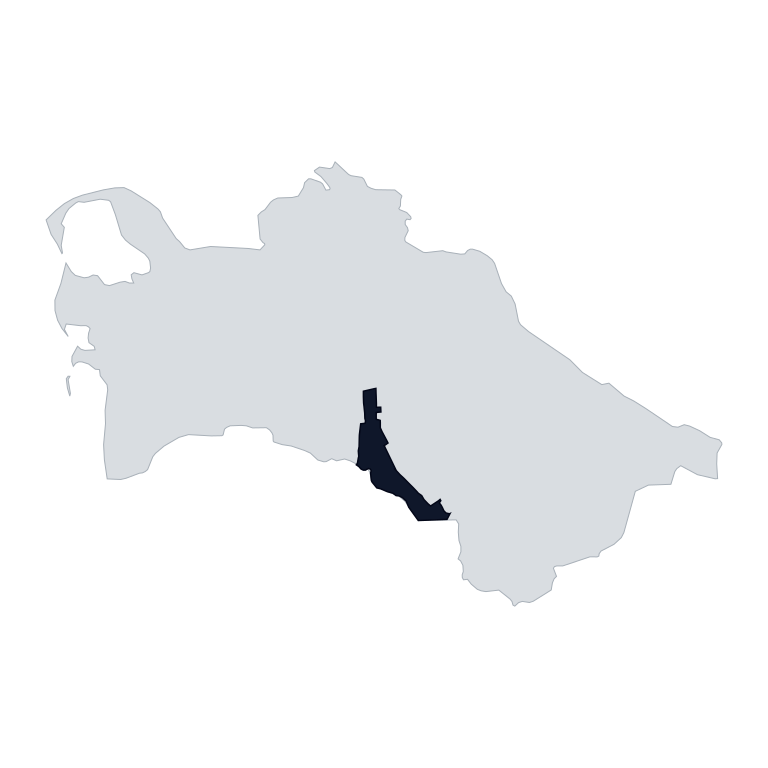 Kaka, Ahal, Turkmenistan (highlighted)
{"feature_id": "10190150B850620817547", "entity_name": "Kaka", "entity_type": "district", "adm_level": 2, "iso_a3": "TKM", "parent_name": "Turkmenistan", "parent_adm1": "Ahal", "projection": "robinson", "projection_center": [59.791, 37.761], "detail": "fine", "context": "in_parent", "style": "filled", "palette": "ink", "viewbox_px": 768, "rotation_deg": 0, "n_neighbors": 0, "source": "geoboundaries", "source_scale": "gbopen_adm2", "svg_char_len": 5042}
<svg xmlns="http://www.w3.org/2000/svg" viewBox="0 0 768 768"><path d="M210.6,246.5L248.4,248.5L260.0,249.9L264.8,244.8L264.6,243.6L262.9,242.5L260.1,239.0L257.9,215.4L261.2,212.0L265.0,209.6L270.6,202.2L273.5,199.9L277.8,198.0L292.2,197.5L298.3,196.1L303.5,187.6L304.6,182.7L308.6,178.8L310.8,178.8L320.5,182.2L322.6,183.9L325.9,190.1L329.5,189.7L330.1,188.7L329.7,187.3L326.9,183.5L320.9,176.5L314.9,172.1L314.4,170.6L319.5,167.1L329.8,168.6L332.4,167.5L335.1,161.9L348.6,174.5L351.1,175.7L361.9,177.4L363.8,179.1L367.4,186.4L371.1,188.3L375.7,189.7L394.9,190.0L400.9,194.8L401.9,196.0L400.7,199.4L400.4,206.0L398.8,208.6L399.8,209.7L406.7,212.5L410.7,216.7L411.1,218.5L410.0,219.7L406.8,219.1L405.2,221.1L405.2,224.5L407.5,227.7L408.2,230.7L404.9,237.5L404.8,240.4L405.9,242.0L423.3,252.3L426.0,252.6L442.8,250.7L446.0,251.9L460.7,254.2L464.8,253.9L467.6,250.5L470.2,249.2L472.7,249.2L479.8,251.3L487.2,255.7L492.1,259.7L494.6,263.4L501.5,283.6L506.1,291.8L511.3,296.1L515.1,304.0L518.5,321.2L520.5,324.7L528.6,331.6L569.9,359.8L582.5,372.5L601.8,384.6L608.9,383.2L624.1,396.1L633.8,401.0L646.2,408.8L672.4,426.5L678.0,427.2L684.2,424.7L689.7,426.1L699.6,430.7L710.2,437.4L719.2,439.8L721.7,442.8L721.9,444.4L717.1,453.0L716.7,463.9L717.6,478.6L715.2,478.8L697.5,474.7L680.7,465.7L676.8,468.6L674.8,471.6L670.9,484.3L648.4,485.1L635.3,491.3L623.9,532.5L621.3,537.6L614.0,544.3L601.1,551.0L599.2,553.6L598.8,556.1L597.2,556.9L590.0,556.8L562.8,565.9L556.8,565.9L554.5,566.6L553.4,568.2L556.5,576.4L554.1,578.8L552.4,582.9L551.2,590.0L533.3,601.2L529.5,602.5L522.3,601.4L518.6,602.6L514.8,606.1L513.0,605.1L512.0,601.5L510.1,599.1L498.8,590.1L485.9,591.6L481.1,590.8L477.3,589.3L471.3,584.2L467.5,579.3L463.5,579.8L462.3,577.5L462.2,574.8L463.3,571.5L462.9,565.3L460.6,560.9L458.1,558.9L460.9,551.8L460.9,546.4L459.0,540.6L458.3,532.2L458.7,524.0L456.2,519.9L418.4,520.2L404.9,501.2L399.4,496.6L380.6,488.5L375.4,484.2L371.2,479.4L370.1,472.9L368.0,469.1L365.1,468.5L350.4,460.9L344.6,459.0L336.6,460.8L331.7,458.7L326.2,461.6L323.8,461.8L317.8,460.0L310.4,453.1L304.3,450.4L291.2,446.0L282.1,444.6L274.0,442.0L273.2,441.0L273.0,435.2L271.9,432.8L269.6,429.9L266.4,427.7L252.6,427.9L246.3,425.8L241.2,425.4L230.2,425.8L226.6,427.4L224.5,429.2L223.1,434.9L221.9,435.7L211.2,435.9L188.5,434.6L178.9,437.4L164.0,446.1L155.4,453.4L152.8,456.7L147.6,469.6L145.3,471.5L142.4,472.9L139.5,473.2L125.9,478.3L120.6,479.5L107.2,478.9L104.4,459.8L103.6,444.6L105.5,423.7L105.1,410.3L107.7,389.8L107.1,384.8L100.3,375.8L99.5,369.6L95.3,369.2L88.6,364.0L82.0,361.9L78.7,361.8L75.6,363.3L73.3,366.3L71.8,361.6L72.0,356.5L77.6,346.2L80.8,349.2L84.9,350.4L95.1,349.8L94.2,346.3L89.0,342.7L88.1,338.0L88.6,333.2L90.1,328.6L88.5,326.8L86.1,325.6L80.6,325.7L66.2,324.0L64.4,329.4L68.2,336.5L61.9,328.4L57.6,320.2L55.0,310.5L54.9,300.1L60.9,283.5L66.0,263.0L71.3,271.6L75.3,275.4L84.1,277.8L88.5,277.2L93.1,275.0L97.6,275.7L104.5,284.6L109.5,285.6L120.0,282.2L125.0,281.4L129.3,283.0L133.7,283.0L131.9,278.8L131.2,274.8L133.9,272.7L142.0,274.9L148.6,272.6L149.9,271.5L150.6,268.0L149.8,261.1L148.3,258.1L144.7,253.9L130.3,244.1L125.5,240.1L121.5,235.0L115.4,214.7L110.6,201.8L108.7,200.3L100.2,199.2L84.1,202.3L78.4,201.6L75.7,203.0L69.0,208.5L65.8,213.2L61.2,223.8L64.3,227.3L61.2,245.3L62.5,253.0L61.9,253.6L57.3,244.0L51.1,234.4L46.1,219.9L56.0,210.3L64.4,203.6L73.4,198.5L82.6,195.1L103.3,189.9L114.8,187.9L124.0,187.6L131.0,190.8L149.9,202.6L158.1,209.1L160.4,211.8L162.6,218.1L176.2,238.6L179.5,241.5L184.8,248.0L190.0,249.9L210.6,246.5ZM70.4,393.4L69.8,396.1L67.4,387.9L66.3,378.8L68.1,376.2L69.9,376.3L68.1,379.6L70.4,393.4Z" fill="#d9dde1" stroke="#a8b0b8" stroke-width="1"/><path d="M363.4,391.2L363.4,396.5L363.6,403.0L364.0,406.2L364.3,409.3L364.7,412.9L364.9,418.4L365.5,420.9L365.1,423.3L360.7,423.8L359.4,434.7L359.3,436.8L359.1,446.3L359.1,446.7L358.9,447.6L358.3,450.9L358.5,453.6L358.7,455.8L358.7,456.1L358.7,456.6L358.3,458.0L357.7,461.7L357.1,464.6L356.5,464.4L356.3,464.8L358.9,466.6L361.0,469.0L363.2,470.1L365.5,470.1L368.3,468.5L370.2,469.0L371.2,470.5L370.6,473.2L371.0,477.2L371.4,480.6L372.1,482.1L376.8,487.9L380.6,488.8L387.4,491.7L392.9,493.2L396.1,495.6L399.0,495.8L402.4,497.6L406.2,501.1L408.8,507.3L418.3,520.5L446.9,519.4L447.0,519.4L450.0,513.6L449.8,513.7L449.7,513.7L448.1,513.5L446.9,513.2L446.4,513.1L445.9,512.9L443.8,510.7L442.4,507.6L441.1,505.2L439.3,502.9L440.8,500.7L440.1,499.4L438.6,500.7L430.6,506.0L428.0,503.8L424.0,499.6L421.7,495.6L418.7,493.5L418.5,493.4L418.3,493.2L417.0,491.7L413.5,488.0L409.1,483.6L404.1,478.5L399.9,474.6L395.7,470.0L396.0,470.1L385.0,447.4L384.2,445.8L384.3,445.8L384.2,445.6L385.5,444.8L388.0,443.0L387.0,441.0L382.0,431.6L381.0,429.3L380.4,428.1L380.4,427.8L380.3,427.5L380.3,422.5L380.2,420.4L379.0,420.0L376.4,419.4L376.4,419.1L376.2,419.0L376.2,412.7L376.4,412.7L376.4,412.4L380.9,412.0L380.7,407.2L376.5,407.3L376.5,407.2L376.4,407.2L376.4,403.3L376.1,395.2L376.0,392.7L376.0,392.4L375.9,388.4L374.3,388.7L363.4,391.2Z" fill="#0f172a" stroke="#020617" stroke-width="1.5"/></svg>